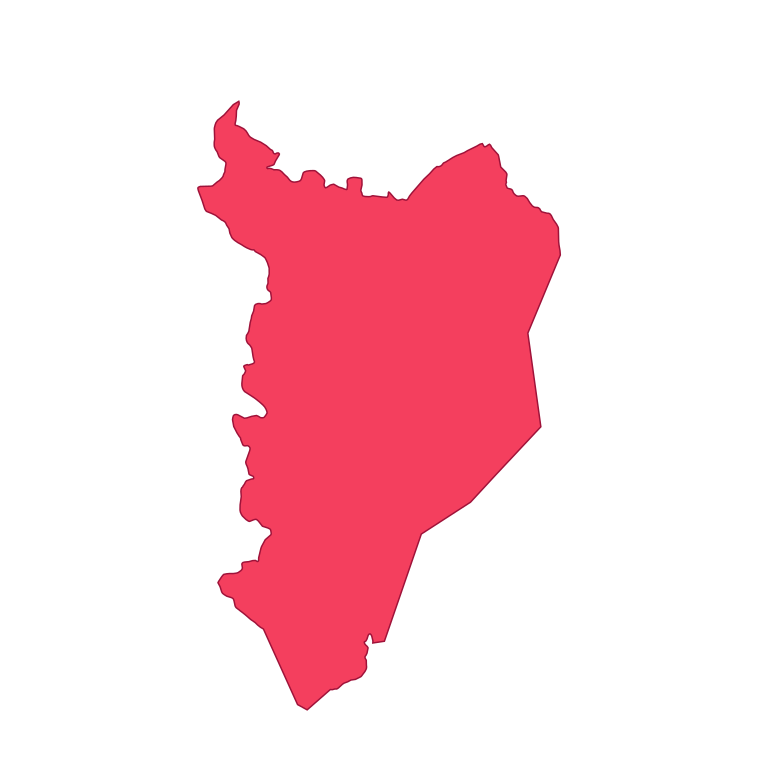 outline of Concepcion de Maria, Choluteca, Honduras, rotated 169°
{"feature_id": "27666195B30241757511056", "entity_name": "Concepcion de Maria", "entity_type": "district", "adm_level": 2, "iso_a3": "HND", "parent_name": "Honduras", "parent_adm1": "Choluteca", "projection": "natural_earth1", "projection_center": [-86.944, 13.221], "detail": "fine", "context": "isolated", "style": "filled", "palette": "rose", "viewbox_px": 768, "rotation_deg": 169, "n_neighbors": 0, "source": "geoboundaries", "source_scale": "gbopen_adm2", "svg_char_len": 6158}
<svg xmlns="http://www.w3.org/2000/svg" viewBox="0 0 768 768"><g transform="rotate(169 384 384)"><path d="M472.6,689.2L478.6,687.0L489.7,678.6L497.0,674.7L499.1,672.6L500.3,670.6L501.6,667.8L501.9,666.7L503.5,656.6L504.5,653.8L504.9,651.9L505.2,650.0L505.1,648.4L504.5,646.0L503.5,643.8L502.7,639.2L502.2,637.8L501.5,636.9L497.7,633.0L497.2,632.1L497.0,631.2L497.2,630.0L499.1,625.1L499.7,622.7L501.4,620.4L502.4,618.5L503.7,617.3L506.7,615.2L509.3,614.1L514.4,611.2L516.1,611.2L526.7,613.0L528.6,612.6L529.2,612.1L529.4,611.3L529.3,609.1L527.5,598.7L526.5,590.1L525.7,587.9L525.0,587.1L520.8,584.4L517.1,581.7L512.2,576.0L510.5,574.8L509.3,573.5L508.7,572.4L508.1,569.9L506.5,566.0L506.5,561.5L505.5,557.1L504.9,555.8L503.3,553.6L500.6,550.8L497.4,548.1L494.8,545.6L492.5,543.7L489.3,541.5L487.7,540.8L486.4,540.6L485.8,540.2L485.1,538.6L480.2,534.5L476.8,530.8L476.2,529.1L475.3,525.5L474.6,519.8L475.7,513.8L476.7,511.6L477.8,509.8L478.6,505.0L480.2,502.5L480.5,501.3L480.5,499.9L480.2,498.8L479.6,497.8L478.3,496.5L477.8,495.4L478.1,490.1L478.5,488.4L479.1,487.7L480.2,487.0L482.4,486.1L484.5,485.5L488.8,485.8L490.3,486.6L492.4,487.0L494.7,486.7L495.5,486.2L496.2,485.5L498.1,480.4L500.9,476.1L501.8,473.5L503.5,470.1L506.6,461.6L508.2,459.5L509.7,458.0L510.6,455.1L510.7,452.8L510.3,450.9L509.8,449.8L508.2,447.6L507.0,444.6L507.0,442.6L507.3,435.9L507.2,432.9L506.9,431.1L507.0,430.2L507.7,429.4L509.2,428.9L513.4,428.5L513.8,428.6L514.4,429.1L515.2,429.1L517.2,428.8L518.1,428.4L518.3,427.9L518.2,427.2L517.3,423.4L518.0,422.1L519.4,420.4L520.8,419.4L521.2,419.0L523.4,411.7L523.8,409.3L523.7,407.2L523.3,405.3L522.3,403.2L513.9,395.1L509.8,390.4L506.9,386.6L505.5,384.3L504.6,381.7L504.2,379.4L504.3,377.8L506.0,375.9L507.8,374.3L508.5,374.0L510.0,374.0L511.7,374.6L513.4,376.2L515.2,377.4L520.2,377.5L524.9,376.9L527.5,377.0L533.3,381.6L534.5,382.2L536.0,382.4L537.0,382.2L537.9,381.6L538.7,380.1L539.5,377.9L539.6,370.9L537.6,364.0L536.1,360.2L535.2,358.6L535.2,356.7L534.2,351.3L533.7,350.5L533.0,350.0L531.7,349.7L530.0,349.6L529.3,349.3L528.3,348.3L527.8,347.0L527.8,345.9L528.6,344.1L534.4,334.3L534.7,333.1L534.6,331.6L534.1,329.5L533.7,326.9L533.7,321.3L533.0,320.4L530.1,318.4L529.8,317.6L529.8,316.7L530.0,316.2L530.4,315.9L532.4,316.0L537.4,315.3L538.6,314.3L540.3,312.1L541.7,310.9L542.4,309.9L543.4,309.3L543.9,308.7L544.5,307.5L545.0,305.7L545.6,300.7L548.3,292.8L549.4,287.7L549.4,285.5L548.8,283.0L548.1,281.3L545.3,277.3L543.5,275.5L542.6,274.9L542.0,274.8L537.8,275.6L536.1,275.7L535.3,275.5L534.6,274.9L533.5,273.5L530.5,267.6L525.6,264.9L523.7,263.5L523.2,262.6L523.1,261.4L523.2,258.9L523.6,257.9L523.9,257.5L530.3,253.8L535.2,247.8L536.2,246.1L540.2,237.3L540.7,234.9L541.4,234.0L542.3,233.9L543.8,235.3L546.6,235.7L550.6,235.4L554.8,235.8L556.5,235.7L557.3,235.2L557.9,234.4L558.1,230.4L558.8,229.1L559.9,228.2L563.2,226.7L564.9,226.5L568.3,226.7L571.6,227.4L574.6,227.7L577.6,227.7L578.7,227.0L580.5,225.4L584.1,221.7L584.9,220.6L583.6,216.4L583.0,210.9L582.4,209.3L580.9,207.6L578.8,205.7L574.5,203.4L573.4,202.5L572.9,201.8L572.6,200.0L572.5,194.6L572.2,193.5L571.7,192.5L564.4,184.2L559.8,178.3L556.0,174.4L554.0,171.5L551.7,168.8L549.1,166.5L530.0,85.8L521.6,78.8L495.0,94.3L493.0,93.8L490.4,94.0L489.1,93.7L488.3,93.7L486.8,94.3L482.1,97.2L480.2,98.0L476.4,98.6L472.9,99.7L468.4,99.5L463.6,100.8L462.4,101.2L461.7,101.7L457.5,105.5L455.7,107.8L455.1,109.5L454.9,111.5L454.1,116.2L454.8,118.3L454.8,119.6L454.5,120.2L453.3,121.3L452.0,123.1L450.0,128.0L450.5,129.5L451.8,131.3L452.5,132.7L452.7,133.8L452.5,134.6L452.2,134.8L451.4,134.8L450.6,135.4L449.3,137.0L447.5,140.3L446.6,141.2L445.6,141.4L445.1,141.2L444.6,140.5L444.1,138.8L443.9,133.8L444.4,131.9L432.7,131.4L376.0,229.6L321.6,251.5L290.8,274.1L238.2,312.1L233.1,406.5L186.3,477.0L185.8,481.4L185.7,487.0L185.4,490.3L183.1,503.7L183.2,504.9L184.1,507.9L186.5,513.2L187.6,517.4L188.5,519.2L189.6,520.1L191.5,520.6L196.3,522.9L197.1,524.2L197.7,526.2L198.7,527.4L199.4,527.9L202.4,528.7L203.4,529.5L204.5,530.6L206.4,534.4L208.0,538.8L209.8,541.2L210.6,541.9L211.6,542.3L216.4,542.7L217.8,543.3L218.9,544.4L220.1,546.1L220.6,547.4L221.0,549.6L221.6,550.6L222.4,551.2L225.2,552.5L225.7,553.0L226.4,556.4L226.0,557.6L225.4,558.3L225.3,560.6L223.4,566.0L223.4,567.1L224.1,568.9L228.0,574.7L228.0,585.3L228.1,587.1L233.1,595.5L233.8,598.0L234.7,599.2L235.9,598.9L238.2,597.8L239.6,597.6L240.2,597.8L240.6,598.4L241.6,601.2L243.9,601.1L247.6,599.8L257.6,597.1L261.2,595.8L269.1,594.4L273.2,593.2L280.9,590.2L283.4,589.6L285.6,587.7L287.1,587.0L288.8,586.9L290.7,587.3L294.1,585.5L299.1,581.7L305.7,577.5L320.4,566.0L323.1,563.6L325.5,560.8L326.3,560.4L327.3,560.2L330.7,561.9L334.7,561.6L336.4,562.2L338.4,564.6L341.6,570.2L342.3,571.2L342.7,571.5L343.3,570.8L343.7,568.9L344.6,567.3L345.0,566.9L346.0,566.8L350.2,568.0L359.0,570.9L359.9,570.9L361.6,570.6L363.2,570.8L366.9,571.7L368.6,572.5L369.0,573.0L369.3,573.8L369.3,575.6L369.7,577.2L369.8,578.6L367.6,583.6L366.7,588.7L366.9,589.8L367.5,590.4L371.9,592.0L374.7,592.7L377.5,592.7L380.2,592.1L380.8,591.5L381.3,590.7L381.6,589.4L381.7,587.3L381.9,586.0L383.0,582.7L383.3,582.1L383.6,582.0L385.3,582.7L387.8,584.4L390.8,585.9L395.2,589.7L396.9,589.7L398.9,589.5L402.6,587.9L404.1,587.8L404.7,588.8L404.9,590.3L404.8,591.2L403.5,594.7L403.5,595.4L403.8,596.4L404.8,598.6L406.5,601.2L410.4,606.0L411.3,606.6L412.9,607.0L416.0,607.5L419.3,607.7L421.6,607.4L422.5,607.0L423.1,606.5L425.8,601.3L426.6,600.3L427.2,599.7L428.8,599.2L431.3,599.1L433.7,599.3L435.5,600.0L436.6,600.8L437.7,602.1L439.4,605.5L441.7,608.5L443.8,611.8L445.3,613.4L446.3,614.1L448.4,614.8L451.2,615.3L453.4,616.8L455.4,617.6L457.1,617.6L457.7,618.3L457.6,619.0L457.1,619.4L451.4,620.0L450.1,620.5L447.8,623.8L443.3,628.8L442.8,629.7L443.1,630.4L443.5,630.9L444.2,631.1L445.4,631.1L446.9,630.6L447.9,631.1L448.5,632.0L448.7,633.6L449.2,634.7L450.7,635.9L454.1,640.4L458.9,644.9L464.9,648.9L468.1,651.8L469.3,653.7L470.1,656.1L471.2,658.8L473.0,661.3L477.0,664.4L479.0,665.7L480.3,666.2L480.6,666.6L480.5,667.9L479.2,670.9L477.9,675.1L476.6,680.7L472.8,686.4L472.5,688.0L472.6,689.2Z" fill="#f43f5e" stroke="#9f1239" stroke-width="1.5"/></g></svg>